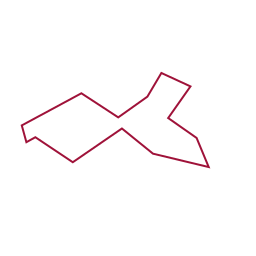 outline of Stoney Ground, rotated 35°
{"feature_id": "AIA-5123", "entity_name": "Stoney Ground", "entity_type": "District", "adm_level": 1, "iso_a3": "AIA", "parent_name": "Anguilla", "parent_adm1": "", "projection": "albers", "projection_center": [-63.024, 18.252], "detail": "fine", "context": "isolated", "style": "outline", "palette": "rose", "viewbox_px": 256, "rotation_deg": 35, "n_neighbors": 0, "source": "natural_earth", "source_scale": "10m", "svg_char_len": 335}
<svg xmlns="http://www.w3.org/2000/svg" viewBox="0 0 256 256"><g transform="rotate(35 128 128)"><path d="M123.8,63.8L155.3,58.1L155.2,96.8L189.9,96.8L216.5,113.7L163.2,134.7L123.3,131.9L102.4,187.7L57.4,188.7L52.9,197.9L39.5,186.8L69.9,126.3L113.9,124.9L125.9,91.2L123.8,63.8Z" fill="none" stroke="#9f1239" stroke-width="2"/></g></svg>